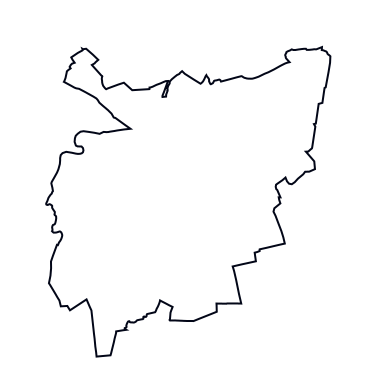 outline of Satu Mare, Suceava, Romania, rotated 264°
{"feature_id": "2599482B42040302746939", "entity_name": "Satu Mare", "entity_type": "district", "adm_level": 2, "iso_a3": "ROU", "parent_name": "Romania", "parent_adm1": "Suceava", "projection": "orthographic", "projection_center": [26.012, 47.829], "detail": "fine", "context": "isolated", "style": "outline", "palette": "ink", "viewbox_px": 384, "rotation_deg": 264, "n_neighbors": 0, "source": "geoboundaries", "source_scale": "gbopen_adm2", "svg_char_len": 5649}
<svg xmlns="http://www.w3.org/2000/svg" viewBox="0 0 384 384"><g transform="rotate(264 192 192)"><path d="M312.5,343.8L313.6,342.9L314.4,341.9L315.3,341.2L316.7,340.9L317.7,340.2L318.5,338.6L319.2,337.4L319.6,335.9L322.5,336.4L320.9,330.6L320.9,330.2L321.0,329.7L321.2,328.5L321.1,326.7L321.1,323.9L321.2,322.5L321.4,320.9L322.5,320.3L322.6,319.6L322.7,318.1L322.7,315.9L322.6,312.7L322.4,309.5L322.6,307.7L323.4,306.1L323.2,305.6L323.0,305.3L322.6,304.4L321.8,301.6L321.1,300.4L320.2,300.2L319.6,299.7L318.9,299.2L318.4,299.0L317.6,299.1L316.8,299.4L315.9,299.3L315.0,299.6L313.5,300.7L310.9,302.6L310.8,301.9L310.8,301.6L310.7,300.7L310.4,299.3L310.0,297.8L309.1,295.4L308.2,293.1L305.4,286.6L303.1,280.5L302.0,276.6L299.7,270.3L298.9,266.9L298.6,265.3L298.4,263.9L298.5,262.4L298.7,261.2L298.8,260.1L299.2,258.3L299.6,257.4L299.9,256.5L300.5,255.4L301.9,253.7L302.0,253.4L302.0,252.9L301.3,248.1L300.5,243.3L298.8,232.4L300.2,231.9L300.9,231.1L300.9,230.3L300.5,228.2L300.4,226.2L300.2,225.6L299.7,225.3L299.1,224.9L298.0,224.1L297.6,223.0L297.2,222.0L297.4,221.7L298.1,221.3L298.4,221.2L299.4,220.9L300.0,220.6L300.4,220.6L301.6,220.7L302.3,220.7L303.0,220.5L304.5,219.6L305.5,218.9L306.7,218.5L305.8,217.7L302.9,216.0L300.9,214.6L300.4,214.1L299.2,212.6L298.8,211.8L303.6,205.6L310.3,197.2L313.2,194.8L311.7,192.6L310.8,191.8L310.4,190.9L310.0,189.5L308.3,186.8L306.2,183.7L304.6,181.9L303.7,181.3L302.6,181.2L302.1,181.0L301.6,180.6L300.1,179.5L297.3,178.2L296.9,178.5L296.0,178.4L295.5,178.1L295.2,178.3L294.0,177.7L291.6,176.5L289.6,176.2L289.6,172.6L289.8,172.6L290.3,172.6L291.0,172.8L295.0,174.9L304.9,179.7L305.0,177.5L304.4,175.3L303.4,172.3L302.9,170.4L302.3,168.0L301.6,166.0L300.8,163.8L300.2,161.1L300.3,160.7L298.8,160.4L298.8,159.7L299.5,143.2L307.8,135.7L306.6,130.1L303.8,119.0L303.2,117.4L303.5,117.0L304.7,116.1L306.8,114.8L308.7,114.3L310.4,114.1L311.8,114.2L313.9,114.1L315.3,114.4L316.4,114.9L316.8,114.7L317.2,114.1L328.8,105.7L330.1,108.6L331.1,109.6L333.2,112.6L338.8,107.9L345.5,101.7L345.4,98.6L345.9,97.9L344.6,98.2L344.1,97.5L342.3,93.1L338.5,86.0L336.0,87.0L332.8,88.8L332.2,86.2L331.1,84.8L329.2,83.4L327.6,84.2L326.4,82.0L325.1,80.2L323.7,79.8L318.5,78.1L315.0,76.3L314.9,76.2L310.5,82.6L308.1,86.0L307.2,87.7L306.4,90.5L303.0,95.6L297.2,103.9L295.0,106.7L293.3,107.9L290.5,109.2L287.0,112.4L282.0,117.2L281.2,117.8L278.3,120.2L276.9,120.8L275.6,121.4L274.3,121.9L273.9,122.7L273.7,123.5L270.0,127.6L265.6,132.5L261.3,137.4L261.3,135.0L261.3,131.1L261.1,126.2L261.0,123.8L260.8,121.5L260.6,117.2L260.4,114.9L260.5,113.1L261.0,110.4L259.5,106.2L261.1,101.1L262.5,95.8L263.8,90.5L263.6,87.4L261.9,84.5L260.1,82.3L257.7,81.2L254.1,80.5L250.3,81.4L249.3,83.0L248.8,86.9L247.0,88.2L244.7,88.4L242.9,87.7L242.0,86.4L241.7,84.7L241.8,82.6L242.3,80.5L243.6,76.6L245.1,71.1L244.2,67.3L242.4,65.3L239.5,64.4L237.4,64.2L233.6,63.5L228.5,61.5L225.4,59.8L221.0,56.7L216.7,53.6L215.3,53.0L210.8,53.6L207.4,53.8L207.2,53.6L206.4,52.9L205.4,52.5L205.0,52.3L204.8,52.0L204.0,51.0L203.3,50.4L201.9,49.2L201.1,48.6L199.4,47.8L198.5,47.4L196.0,45.9L195.3,45.7L194.7,45.9L194.3,46.6L194.2,47.3L194.6,48.3L194.8,49.0L194.4,49.9L193.9,50.5L193.2,51.3L192.7,51.5L191.8,51.3L191.2,51.3L190.8,51.3L190.1,51.6L188.9,52.2L186.5,53.5L185.2,53.3L184.1,52.9L183.7,53.0L183.4,53.1L182.9,53.7L181.9,54.3L180.0,54.2L178.0,53.7L175.6,52.9L174.3,52.1L174.0,51.3L173.8,50.4L172.9,49.7L171.5,49.2L169.5,49.3L168.7,49.3L168.2,49.1L167.7,48.7L166.5,49.6L166.0,50.3L166.0,51.1L165.9,52.0L165.9,52.9L166.2,54.5L166.6,56.2L166.4,56.9L165.4,57.8L163.4,58.4L162.3,58.4L161.2,58.1L159.2,57.2L158.4,56.7L157.4,56.0L156.7,55.4L156.0,54.7L155.6,54.4L153.9,53.5L153.2,53.1L153.6,52.2L148.9,49.9L144.2,47.6L143.2,47.1L137.6,44.5L130.9,43.9L128.3,43.4L123.6,42.5L116.2,40.2L113.9,41.4L113.4,41.6L105.0,45.5L101.4,47.1L97.9,48.8L92.0,49.6L91.7,56.1L87.1,58.3L96.2,75.9L88.5,78.3L84.7,79.6L64.3,79.7L61.6,79.7L56.3,79.8L48.5,79.7L42.7,79.9L38.3,79.9L38.1,93.9L39.5,94.5L44.2,96.2L50.5,98.5L54.5,99.8L59.5,101.7L61.3,102.0L61.7,109.0L61.8,112.2L62.2,111.6L63.2,110.8L63.7,110.9L63.8,111.3L64.0,112.0L64.3,112.6L64.8,112.8L65.0,112.8L65.8,112.7L66.2,112.8L67.4,113.3L68.3,113.8L69.2,114.4L69.8,114.9L70.0,115.3L70.0,115.7L70.0,116.2L69.5,116.4L69.1,116.6L68.8,117.2L68.6,118.3L68.6,119.0L68.4,119.5L68.3,120.1L68.3,120.9L68.5,121.6L69.0,122.7L69.5,123.2L70.0,123.8L70.2,124.2L70.4,126.1L70.6,128.0L70.7,129.8L70.9,130.1L71.1,130.4L72.4,130.5L72.7,130.5L73.0,130.8L73.2,131.4L72.9,131.8L72.6,132.2L72.7,132.7L72.7,133.3L73.4,133.9L74.3,134.0L74.7,134.2L75.3,134.6L76.3,142.8L77.6,143.7L79.6,144.7L81.3,145.9L82.8,146.8L84.3,147.6L86.0,148.4L87.5,148.9L86.3,150.6L84.6,153.2L83.0,155.6L81.7,157.5L80.9,158.8L79.7,160.7L76.0,158.8L74.2,158.0L71.5,157.5L67.9,156.8L67.1,156.3L66.5,156.7L66.1,161.2L64.4,172.3L63.5,180.1L65.0,185.3L69.1,199.9L70.3,204.1L76.4,204.6L78.5,204.7L77.3,214.7L77.5,215.2L76.3,226.1L75.9,229.3L85.5,228.1L100.0,226.7L109.0,225.6L113.7,224.7L114.9,234.6L115.4,239.3L116.4,248.3L125.1,248.0L125.5,250.6L126.2,253.1L127.6,253.2L127.9,253.3L128.7,260.3L130.3,272.8L131.0,278.9L137.3,278.1L143.8,276.8L151.6,274.7L159.6,272.6L163.9,271.0L167.2,272.2L171.1,278.2L171.4,278.7L175.1,277.9L177.6,277.7L177.4,279.4L185.1,277.0L186.1,276.1L188.4,275.8L190.5,276.4L191.5,278.1L194.3,283.2L196.6,286.5L192.7,287.6L190.1,289.4L189.3,292.1L191.0,295.2L194.2,298.8L198.0,304.5L200.3,306.6L200.0,310.8L201.9,316.7L209.7,316.8L220.2,309.5L220.1,311.9L222.0,314.5L222.8,315.8L223.8,316.2L244.1,321.5L246.8,320.4L247.1,322.3L266.4,327.2L267.0,331.0L281.6,334.7L282.1,335.9L296.9,340.3L306.0,342.8L312.5,343.8Z" fill="none" stroke="#020617" stroke-width="2"/></g></svg>